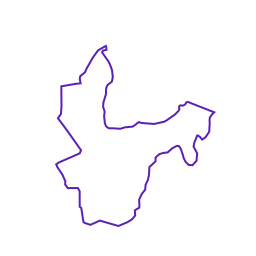 Uzo-Uwani, Enugu, Nigeria (Albers equal-area conic projection), rotated 152°
{"feature_id": "59680162B64770944232121", "entity_name": "Uzo-Uwani", "entity_type": "district", "adm_level": 2, "iso_a3": "NGA", "parent_name": "Nigeria", "parent_adm1": "Enugu", "projection": "albers", "projection_center": [7.09, 6.683], "detail": "fine", "context": "isolated", "style": "outline", "palette": "violet", "viewbox_px": 256, "rotation_deg": 152, "n_neighbors": 0, "source": "geoboundaries", "source_scale": "gbopen_adm2", "svg_char_len": 2004}
<svg xmlns="http://www.w3.org/2000/svg" viewBox="0 0 256 256"><g transform="rotate(152 128 128)"><path d="M172.9,45.1L167.2,45.5L165.2,46.3L162.8,47.3L161.7,49.5L161.3,50.6L160.6,52.1L155.4,52.4L153.9,55.0L151.8,59.5L147.1,63.1L141.8,65.5L139.1,69.6L134.7,72.9L131.7,76.5L127.3,83.6L124.6,84.2L119.3,85.7L117.5,89.0L113.2,90.0L112.5,90.2L108.1,89.3L104.5,87.8L98.6,89.3L96.7,89.3L93.3,89.3L91.5,88.1L91.2,84.2L91.8,81.2L92.1,78.9L93.0,75.0L93.0,71.1L91.8,66.9L88.5,64.9L82.9,66.9L82.0,68.3L78.8,73.2L78.9,80.7L76.0,84.3L74.3,85.6L73.7,86.0L73.2,86.5L72.5,87.1L72.4,87.2L70.4,88.9L69.9,88.6L68.7,86.6L68.0,83.0L63.7,83.5L58.0,86.6L54.9,91.8L53.5,94.0L52.8,95.7L51.0,98.7L47.3,100.6L44.5,101.4L62.9,122.9L64.1,123.3L66.2,122.1L67.8,121.9L69.3,122.1L70.0,122.5L70.6,123.2L71.4,123.4L72.6,123.2L73.3,122.0L73.9,120.3L75.6,119.3L80.4,117.8L85.0,117.3L90.2,116.6L93.3,116.6L95.6,117.3L99.5,118.3L103.0,119.3L108.7,122.9L113.5,126.0L114.1,126.4L115.7,128.2L119.5,127.5L123.1,127.0L130.6,130.1L134.9,130.8L139.0,133.3L140.6,134.3L145.2,136.9L146.5,139.7L146.2,143.0L145.0,146.0L143.6,149.6L143.4,149.8L140.9,153.5L140.1,158.2L137.8,162.0L131.3,168.5L130.0,171.2L128.3,173.7L127.9,174.0L126.0,175.5L120.5,176.5L117.5,180.1L114.9,186.8L114.1,192.6L114.1,196.9L114.9,202.8L115.1,204.6L115.4,206.9L113.8,208.1L110.3,207.1L109.2,209.7L109.1,210.9L118.0,210.6L126.1,206.6L137.0,199.7L139.1,197.9L140.0,197.3L145.8,196.2L146.8,195.0L147.6,193.9L148.1,192.3L148.9,189.7L149.8,190.0L150.9,190.5L152.2,191.1L167.3,196.1L176.7,178.1L180.6,171.9L185.3,169.5L185.1,168.2L185.0,167.7L184.8,166.3L184.7,165.6L184.6,165.1L184.1,162.0L183.0,154.7L182.6,151.9L181.6,143.7L179.9,130.4L182.5,128.3L190.9,128.9L205.0,130.0L205.3,130.0L208.5,129.6L208.7,126.5L208.3,122.4L207.8,117.8L208.2,112.8L208.2,110.6L210.0,107.7L209.4,103.2L200.4,98.5L200.4,94.8L207.6,81.2L207.3,80.5L207.1,80.1L206.8,79.4L211.5,65.8L210.7,64.4L206.7,60.2L201.7,59.8L196.4,59.5L182.5,46.0L172.9,45.1Z" fill="none" stroke="#5b21b6" stroke-width="2"/></g></svg>